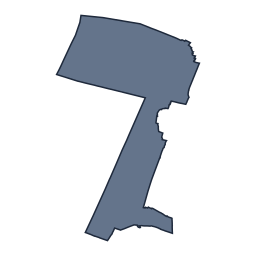 the district of Bloemendaal, Noord-Holland, Netherlands
{"feature_id": "6326949B9558089239087", "entity_name": "Bloemendaal", "entity_type": "district", "adm_level": 2, "iso_a3": "NLD", "parent_name": "Netherlands", "parent_adm1": "Noord-Holland", "projection": "natural_earth1", "projection_center": [4.603, 52.374], "detail": "fine", "context": "isolated", "style": "filled", "palette": "slate", "viewbox_px": 256, "rotation_deg": 0, "n_neighbors": 0, "source": "geoboundaries", "source_scale": "gbopen_adm2", "svg_char_len": 5062}
<svg xmlns="http://www.w3.org/2000/svg" viewBox="0 0 256 256"><path d="M107.5,240.6L109.2,238.0L110.9,235.3L111.4,234.7L111.7,234.5L112.3,233.2L112.4,232.9L112.4,232.7L113.1,231.5L113.7,230.2L114.6,228.1L120.1,229.9L120.4,230.1L124.3,228.7L128.7,226.9L134.0,224.9L137.4,225.2L138.0,225.7L137.5,226.2L137.8,226.7L138.5,227.3L139.0,227.3L139.5,227.6L139.8,227.7L140.3,227.5L140.4,227.4L140.3,227.2L140.2,227.2L139.9,226.3L140.0,226.3L139.9,225.8L141.5,225.6L143.9,225.9L144.7,225.9L145.7,225.9L146.2,225.9L146.9,225.9L149.9,226.1L150.3,226.1L151.0,225.9L151.4,225.9L151.9,226.0L152.1,226.1L152.8,226.3L154.6,226.7L155.2,226.9L155.9,227.1L158.0,227.9L158.4,228.0L159.0,228.3L159.1,228.5L159.3,228.6L160.1,228.8L160.3,228.9L160.5,229.2L160.6,229.3L161.4,229.5L161.6,229.6L162.3,229.9L163.4,230.2L163.8,230.3L164.1,230.5L165.1,230.9L168.2,231.9L172.4,233.3L172.4,232.9L172.3,231.2L172.2,227.4L172.2,226.3L172.3,225.8L172.2,225.5L172.2,225.1L172.2,223.3L172.1,220.9L172.0,219.3L172.0,218.3L171.7,218.1L170.3,217.6L170.1,217.6L169.5,217.4L169.0,217.2L168.8,217.1L168.3,217.0L167.9,216.7L167.4,216.2L167.0,215.9L166.4,216.4L165.7,215.9L165.3,215.8L164.9,215.5L164.4,215.1L163.0,214.2L162.7,213.8L162.2,213.7L161.7,213.4L161.2,213.0L160.8,212.8L160.1,212.5L159.9,212.5L152.9,208.5L151.9,208.2L151.6,208.7L150.7,208.3L149.2,207.6L148.3,207.1L147.8,207.8L147.7,207.8L147.8,207.8L147.6,208.0L145.5,207.3L145.4,207.5L145.2,207.9L144.6,207.7L144.2,207.9L143.3,207.6L143.4,207.3L144.2,204.6L147.9,191.4L150.2,184.0L151.7,179.4L155.0,170.5L159.5,158.5L159.8,158.0L159.7,158.0L159.8,157.8L160.0,157.2L160.1,157.3L160.2,156.7L160.4,156.0L160.4,155.9L160.4,155.7L160.7,155.0L160.9,154.5L160.9,154.3L161.2,153.3L161.4,152.8L161.5,152.7L161.7,151.8L161.8,151.6L161.8,151.4L161.9,151.2L162.2,150.8L162.6,149.8L162.8,149.2L162.9,148.9L162.9,148.7L163.0,148.6L163.1,148.3L163.2,148.2L163.3,148.1L163.7,147.9L164.3,147.1L164.3,146.9L164.3,146.6L164.3,146.3L164.3,146.1L164.8,145.2L165.2,144.6L165.2,144.4L165.2,144.2L165.2,143.6L165.2,143.4L165.3,143.0L165.3,142.9L165.7,142.0L166.0,141.3L166.3,140.9L166.5,140.6L162.5,139.7L162.2,139.6L162.4,139.1L162.4,138.9L162.4,138.6L162.4,138.4L162.3,138.2L162.2,138.0L162.1,137.9L161.8,137.6L161.7,137.5L161.7,137.4L161.9,136.3L162.0,136.0L162.2,135.1L162.4,134.6L162.6,133.7L162.8,133.1L158.7,131.5L158.5,130.3L158.3,128.5L158.3,128.1L158.3,127.2L158.3,126.5L158.3,126.2L157.8,125.0L157.7,124.6L157.9,124.2L158.0,123.6L156.4,123.3L156.2,123.2L156.0,122.9L155.9,122.7L156.0,122.3L156.3,120.1L156.7,116.7L156.9,116.8L157.0,116.7L156.9,116.7L156.9,116.2L157.0,115.3L157.4,115.2L157.4,114.5L157.3,113.3L157.3,113.2L157.6,112.5L157.8,112.3L158.9,110.6L159.3,110.1L159.5,109.9L160.6,109.4L160.8,109.5L161.6,109.6L161.7,109.4L161.8,109.1L162.0,108.9L162.6,108.7L163.1,108.6L163.6,108.6L163.8,108.6L165.0,108.5L165.0,108.4L165.2,108.1L167.8,108.6L168.0,108.6L168.6,107.3L169.0,105.7L169.0,105.3L169.0,105.2L169.1,104.8L169.2,104.7L169.5,104.6L169.8,104.7L170.2,104.2L170.6,103.0L170.4,103.0L170.8,102.3L170.6,102.2L171.2,101.1L174.6,101.8L178.5,102.8L180.8,103.3L182.1,103.5L184.3,104.0L185.8,104.3L186.1,103.6L186.3,103.1L186.6,102.6L186.7,102.3L186.9,102.0L187.0,101.6L187.1,101.2L187.3,100.9L187.7,99.9L188.1,99.0L188.2,98.8L188.2,98.7L188.3,98.5L188.5,98.1L188.9,97.5L189.0,97.3L188.9,97.2L188.7,96.7L188.6,96.4L188.2,95.1L188.1,94.8L188.1,94.1L188.2,93.1L188.5,91.2L188.7,90.0L188.9,90.0L189.0,89.1L189.2,88.5L189.4,87.9L189.6,87.3L191.6,82.4L192.1,81.1L192.3,80.8L192.8,79.5L192.8,79.4L194.3,75.8L196.0,71.5L196.1,71.4L196.3,70.8L196.7,69.9L198.5,65.3L198.8,64.7L199.4,63.2L198.7,63.1L196.6,62.6L196.3,62.6L195.8,62.4L193.9,61.6L194.5,60.8L194.4,60.7L194.2,60.5L194.3,60.4L194.2,60.4L195.1,59.0L195.3,59.1L195.6,58.7L195.3,58.4L195.2,58.4L195.0,58.2L194.2,58.0L194.6,57.4L194.7,57.2L194.9,56.6L195.1,56.7L195.4,56.0L194.9,55.9L194.4,55.8L193.6,55.6L193.4,55.5L193.2,55.4L192.3,54.8L192.3,54.6L192.5,54.3L192.2,54.3L192.4,54.2L192.4,53.9L192.5,53.9L192.5,53.5L192.4,53.4L192.6,53.4L192.9,53.5L193.0,53.5L193.1,53.4L192.7,52.3L192.7,52.2L192.9,52.2L193.0,52.1L193.2,51.9L192.5,51.7L192.4,51.3L192.2,51.0L191.8,50.5L192.0,50.3L191.5,49.0L191.2,48.9L191.0,48.6L191.2,48.3L191.6,47.8L191.1,47.4L190.9,47.3L189.7,46.0L189.5,45.9L189.3,45.8L188.5,45.2L189.3,44.1L189.7,43.6L189.9,43.1L190.1,43.1L190.4,42.7L185.6,40.3L184.8,41.2L183.9,40.6L183.6,40.6L182.7,40.1L182.1,39.9L181.9,39.9L181.5,40.0L181.1,40.4L179.9,39.9L177.0,38.5L176.1,38.1L175.4,37.8L155.9,30.0L150.8,28.1L140.1,23.8L127.4,21.7L103.0,17.6L81.0,15.4L79.9,22.4L77.5,29.3L75.5,35.2L71.4,43.4L67.7,51.3L64.1,59.0L60.8,66.2L58.9,70.1L56.6,74.5L77.9,81.2L79.4,81.5L81.7,82.1L82.2,82.2L84.0,82.7L88.1,83.7L94.5,85.2L97.4,86.0L100.5,86.7L108.8,88.8L111.5,89.4L145.3,97.8L134.7,121.9L128.8,135.3L126.6,140.5L125.1,143.7L122.1,150.2L116.3,163.8L115.6,165.4L110.0,178.3L109.7,178.8L105.2,189.2L93.9,214.1L93.6,214.8L85.3,232.5L86.8,233.0L89.9,234.2L90.1,234.2L91.0,234.6L94.4,236.1L94.5,236.0L99.3,237.6L99.5,237.8L100.1,238.0L107.5,240.6Z" fill="#64748b" stroke="#1e293b" stroke-width="1.5"/></svg>